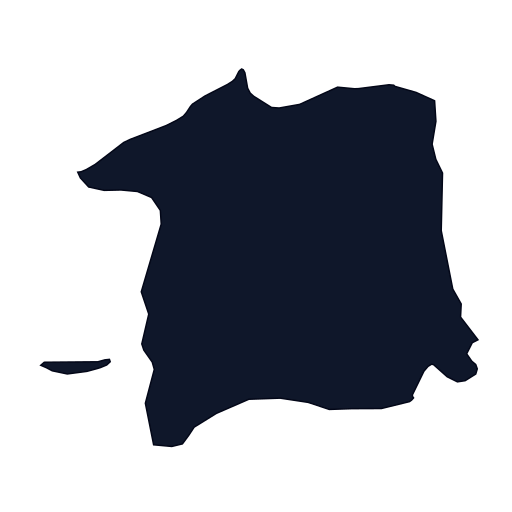 SVG path tracing the border of Artemisa, rotated 88°
{"feature_id": "CUB-1429", "entity_name": "Artemisa", "entity_type": "Province", "adm_level": 1, "iso_a3": "CUB", "parent_name": "Cuba", "parent_adm1": "", "projection": "equal_earth", "projection_center": [-82.681, 22.816], "detail": "fine", "context": "isolated", "style": "filled", "palette": "ink", "viewbox_px": 512, "rotation_deg": 88, "n_neighbors": 0, "source": "natural_earth", "source_scale": "10m", "svg_char_len": 1375}
<svg xmlns="http://www.w3.org/2000/svg" viewBox="0 0 512 512"><g transform="rotate(88 256 256)"><path d="M90.1,112.4L91.3,111.3L98.1,90.3L107.1,72.1L127.7,71.5L150.4,76.1L165.7,72.9L179.6,66.7L237.1,70.0L295.9,60.5L311.1,52.6L324.2,53.7L347.5,37.1L350.2,42.9L361.1,48.9L368.7,44.0L372.1,40.2L376.5,38.8L381.6,40.5L387.9,51.3L388.8,59.1L383.4,69.1L370.8,82.3L370.2,84.2L372.3,87.9L377.0,92.2L400.3,104.6L401.9,104.4L403.3,103.5L405.5,105.6L406.9,107.7L412.8,136.0L411.9,165.5L411.9,188.1L404.1,209.0L398.9,236.8L398.9,268.1L411.9,301.1L424.9,323.8L432.9,329.5L441.2,336.1L443.4,346.8L441.1,364.9L399.3,371.7L365.8,361.6L358.4,363.4L346.1,371.4L339.9,373.2L310.3,365.2L287.8,371.9L220.8,349.6L207.1,350.0L193.9,358.3L187.4,372.2L185.3,388.7L185.1,405.4L181.2,420.8L171.8,428.8L166.0,431.2L165.7,427.8L163.8,422.8L158.9,413.6L137.9,384.2L135.0,377.5L122.5,341.2L117.7,330.7L113.7,323.7L110.1,320.4L104.3,316.3L102.0,314.2L94.3,301.4L83.8,279.0L80.7,273.6L78.1,270.6L71.0,266.7L69.7,265.4L68.6,263.8L69.5,262.2L72.5,260.7L88.0,258.5L93.0,256.1L96.3,252.7L108.1,235.3L108.9,227.7L106.0,207.1L90.1,168.6L92.3,151.7L92.3,147.8L89.5,117.1L90.1,112.4ZM363.0,418.8L365.4,429.0L367.3,448.7L363.6,463.7L360.3,469.4L357.7,474.9L354.8,471.3L356.2,417.7L354.5,410.6L354.2,406.1L356.6,405.4L359.7,409.0L362.1,415.4L363.0,418.8Z" fill="#0f172a" stroke="#020617" stroke-width="1.5"/></g></svg>